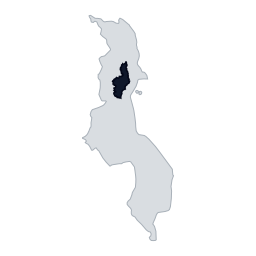 Nkhata Bay, Nkhata Bay, Malawi (highlighted)
{"feature_id": "42251766B11922581525025", "entity_name": "Nkhata Bay", "entity_type": "district", "adm_level": 2, "iso_a3": "MWI", "parent_name": "Malawi", "parent_adm1": "Nkhata Bay", "projection": "orthographic", "projection_center": [34.057, -11.614], "detail": "fine", "context": "in_parent", "style": "filled", "palette": "ink", "viewbox_px": 256, "rotation_deg": 0, "n_neighbors": 0, "source": "geoboundaries", "source_scale": "gbopen_adm2", "svg_char_len": 7012}
<svg xmlns="http://www.w3.org/2000/svg" viewBox="0 0 256 256"><path d="M97.6,149.9L96.1,147.8L94.8,148.4L93.1,149.9L92.2,150.3L91.7,150.2L91.4,149.9L91.0,148.9L89.6,146.2L88.1,144.3L86.5,143.5L85.2,142.6L85.8,141.8L86.4,141.2L86.1,140.5L85.4,139.6L82.5,138.3L82.5,137.7L85.0,136.5L86.6,135.1L87.6,133.8L89.0,130.9L90.1,127.9L90.9,127.0L91.1,125.1L91.0,122.9L91.5,120.1L91.8,117.5L90.9,116.5L90.2,114.7L91.0,111.7L92.3,109.7L98.6,107.5L103.0,105.5L104.0,104.7L105.4,103.0L106.3,101.4L105.7,100.9L102.2,100.9L101.4,100.2L98.9,94.5L100.2,88.0L100.3,85.4L100.3,82.2L99.8,79.9L98.7,79.0L98.1,77.7L98.2,74.3L99.2,73.9L101.4,69.4L102.4,66.7L101.2,64.6L99.9,61.6L99.3,59.6L99.0,59.0L99.9,57.8L101.4,56.6L103.1,56.3L104.8,55.8L110.4,50.1L110.5,49.1L109.4,47.2L107.4,44.3L106.9,43.2L106.6,39.8L105.8,38.8L102.7,36.5L100.4,34.1L101.1,31.6L101.5,28.9L100.3,27.5L98.6,26.0L97.5,23.7L97.0,22.1L95.7,21.4L94.4,21.4L93.5,22.4L92.5,22.3L91.3,22.0L90.9,20.6L90.8,19.0L90.0,18.0L89.2,16.5L89.1,15.7L89.6,15.5L90.6,15.4L95.1,18.3L97.9,18.4L100.9,18.9L103.5,21.5L104.9,21.9L106.6,21.5L111.5,21.2L113.4,21.6L116.0,23.1L117.0,23.3L118.5,23.4L118.8,23.0L119.0,22.1L118.7,20.3L119.1,19.3L120.0,18.2L122.7,19.5L129.4,25.1L129.6,25.8L133.8,31.4L135.2,33.8L135.2,35.1L136.5,40.0L136.8,42.3L136.5,44.0L136.5,45.4L137.1,47.4L136.9,48.2L138.4,51.2L139.1,53.6L139.3,56.0L138.8,58.4L137.5,61.8L137.3,63.2L137.5,64.4L138.4,65.8L139.8,67.3L140.9,69.0L141.7,71.1L142.3,72.1L143.1,72.0L144.5,72.4L145.6,73.6L146.9,75.6L147.4,78.0L147.6,79.0L143.8,78.9L139.0,79.3L137.8,80.2L137.5,82.2L136.0,86.4L135.1,87.9L133.4,90.8L130.9,94.7L130.4,96.0L130.4,97.4L131.9,102.8L133.4,108.5L133.9,110.7L135.0,118.2L135.6,123.6L135.7,126.7L136.2,130.9L137.5,133.2L138.9,134.6L144.3,135.5L145.9,136.5L148.9,139.2L155.5,146.6L159.1,151.3L162.2,155.5L167.9,163.2L172.3,169.2L172.8,174.8L173.5,175.7L172.0,179.8L171.0,186.5L171.6,191.0L171.3,198.6L170.4,206.7L169.4,209.6L168.1,210.6L165.0,211.5L158.2,212.5L157.2,213.4L156.3,215.0L155.0,218.7L153.3,222.5L152.8,224.1L153.1,224.4L154.5,226.4L155.9,231.3L156.2,239.7L155.7,240.3L153.7,240.6L151.5,240.5L150.7,240.0L149.9,239.1L149.3,237.3L150.7,236.1L151.2,233.9L150.3,232.0L148.5,231.6L146.3,229.9L141.4,224.2L137.3,220.3L135.0,217.0L132.5,215.7L131.8,214.9L131.3,213.5L131.3,211.5L131.5,210.1L130.7,208.4L128.3,205.9L127.2,204.5L127.1,202.8L128.1,201.1L130.2,199.2L131.8,195.1L132.4,192.5L135.4,187.3L135.8,182.8L135.9,179.1L135.7,176.4L135.0,170.8L134.4,166.9L130.8,161.9L129.6,161.4L126.1,161.9L123.1,162.6L121.6,163.7L119.3,163.7L113.4,164.6L111.6,165.0L110.5,165.9L109.9,166.1L106.2,162.2L102.9,158.0L98.8,150.8L97.6,149.9ZM140.7,94.5L139.7,94.7L139.0,94.2L139.2,92.6L139.5,91.5L140.5,91.3L141.2,91.6L141.7,92.2L141.7,93.0L141.4,93.8L140.7,94.5ZM138.5,91.6L137.9,93.2L136.7,93.2L135.6,91.8L136.0,90.7L137.0,90.4L138.0,90.8L138.5,91.6Z" fill="#d9dde1" stroke="#a8b0b8" stroke-width="1"/><path d="M115.2,96.1L115.3,96.0L115.5,96.1L115.8,96.1L116.0,96.0L116.3,96.0L116.3,96.4L116.5,96.8L116.8,96.7L117.0,96.9L117.4,96.9L117.4,97.1L117.6,97.2L117.6,97.4L117.8,97.3L118.1,97.3L118.3,97.4L118.5,97.5L118.6,97.4L118.9,97.5L119.0,97.5L119.3,97.7L119.3,97.9L119.5,97.9L119.7,97.7L119.8,97.8L120.0,97.7L120.3,97.9L120.5,97.9L120.6,98.0L120.8,98.1L120.8,97.6L120.7,97.5L120.7,97.2L120.7,96.9L120.9,96.5L120.8,96.3L120.9,96.0L121.1,95.5L121.2,95.0L121.3,94.8L121.4,94.6L121.6,94.2L121.8,93.9L121.9,93.6L121.8,93.3L121.8,92.9L121.6,92.6L121.7,92.3L121.6,91.9L121.8,91.5L122.1,91.2L122.3,91.0L122.4,90.7L122.9,90.2L124.2,89.4L125.3,88.9L125.2,88.7L125.0,88.4L125.0,88.5L124.9,88.4L124.9,87.9L125.0,87.7L125.1,87.3L125.1,87.1L125.3,86.9L125.2,86.8L125.2,86.7L125.1,86.3L125.2,86.2L125.7,85.6L126.0,85.4L126.8,85.0L126.9,84.9L126.8,84.7L127.0,84.5L127.1,84.4L127.2,84.1L127.3,84.0L127.3,83.9L127.6,83.8L127.8,83.7L128.7,83.3L128.7,83.2L128.8,83.0L128.8,82.9L129.0,82.8L129.1,82.7L129.2,82.3L129.5,81.4L129.4,81.4L129.4,81.1L129.0,80.8L129.0,80.6L128.8,80.0L128.9,79.8L128.7,79.8L128.7,79.7L128.8,79.7L128.7,79.7L128.8,79.4L128.7,79.2L128.8,78.9L128.8,78.7L128.4,78.1L128.4,77.9L128.1,77.6L128.0,77.4L128.0,77.2L127.9,77.1L128.1,76.8L128.0,76.7L128.0,76.4L128.2,76.0L128.1,75.9L128.2,75.7L128.0,75.4L128.0,75.2L128.0,74.8L128.0,74.6L127.9,74.6L128.0,74.3L127.9,74.1L128.0,73.6L127.8,73.6L128.0,73.5L128.0,73.4L127.9,73.3L127.9,73.2L127.7,72.7L127.6,72.3L127.6,71.9L127.6,71.7L127.3,71.3L127.3,71.1L126.7,70.9L126.6,70.5L126.6,70.4L126.4,70.2L126.4,69.9L126.5,69.7L126.4,69.5L126.5,69.3L126.8,69.0L126.8,68.9L126.6,68.8L126.3,68.4L126.2,68.0L126.1,67.9L126.1,67.7L126.1,67.3L126.0,67.1L126.1,66.8L126.2,66.7L126.3,66.4L126.6,66.2L126.8,65.9L126.7,65.8L126.8,65.7L126.9,65.3L126.9,65.2L126.6,65.0L126.6,64.9L126.8,64.9L126.8,64.7L126.7,64.7L126.5,64.4L126.5,64.2L126.5,63.9L126.4,63.6L126.4,63.4L126.4,63.2L126.4,62.8L126.2,62.5L126.3,62.2L126.2,62.0L126.0,61.9L125.8,62.0L125.7,62.2L125.7,62.4L125.4,63.2L125.3,63.3L125.1,63.6L124.8,63.6L124.7,63.7L124.6,63.8L124.3,63.8L124.1,63.9L124.0,64.1L123.7,64.2L123.4,64.3L123.4,64.2L123.2,64.2L123.0,64.3L122.8,64.1L122.8,64.3L122.4,64.4L122.2,64.6L121.9,64.7L121.6,65.1L121.7,65.4L121.7,65.7L121.7,65.9L121.6,66.1L121.4,66.3L121.4,66.5L121.3,67.0L121.3,67.3L121.0,67.3L120.9,67.5L120.7,67.5L120.6,67.8L120.7,68.0L120.4,68.1L120.4,68.3L120.5,68.3L120.5,68.5L120.5,68.8L120.6,69.0L120.4,69.4L120.3,69.5L120.4,69.9L120.5,70.0L120.9,69.9L121.0,70.1L121.4,70.2L121.4,70.5L121.4,70.8L121.2,70.9L121.2,71.2L121.2,71.4L121.1,71.6L121.2,71.9L121.3,72.1L121.3,72.3L121.4,72.5L121.5,72.8L121.4,73.0L121.4,73.3L121.6,73.5L122.1,73.4L122.3,73.4L122.5,73.5L122.7,73.9L122.8,74.0L122.6,74.4L122.7,74.6L122.9,74.9L123.0,75.2L123.0,75.3L122.9,75.4L122.8,75.6L122.7,75.7L122.4,75.7L122.2,75.6L122.2,75.8L122.2,76.0L122.1,76.3L121.8,76.4L121.7,76.6L121.4,76.5L121.2,76.4L120.9,76.3L120.6,76.5L120.4,76.6L119.9,76.6L119.4,76.4L119.3,76.8L119.2,76.9L119.2,77.1L119.2,77.5L119.0,77.8L118.6,78.0L118.4,78.3L118.1,78.2L117.9,78.0L117.7,78.0L117.5,77.9L117.4,77.8L117.2,77.9L117.0,78.0L116.9,77.9L116.7,77.8L116.5,77.7L116.4,77.6L116.3,77.8L116.2,77.9L116.2,78.0L116.0,78.3L115.6,78.5L115.6,78.8L115.3,78.8L115.2,79.0L114.9,78.9L114.4,79.3L114.2,79.3L114.0,79.5L113.9,79.8L113.6,80.2L113.7,80.5L113.8,80.6L113.4,80.6L113.0,80.7L112.9,80.9L112.8,81.1L112.7,81.2L112.7,81.3L112.6,81.5L112.8,81.6L113.0,81.8L113.2,82.1L113.3,82.4L113.2,82.9L113.3,83.0L113.5,83.0L113.3,83.1L113.1,83.6L113.1,83.8L113.3,83.9L113.3,84.1L113.6,84.0L113.8,84.2L114.1,84.3L114.4,84.5L114.2,84.8L114.1,85.1L114.3,85.4L115.0,85.4L115.8,85.8L115.8,86.8L115.2,87.8L114.6,87.9L114.3,87.9L114.0,88.0L113.9,88.1L114.0,88.3L114.2,88.6L114.3,88.7L114.3,88.9L114.3,89.0L114.3,89.3L114.4,89.6L114.6,89.7L114.7,89.8L114.6,90.2L114.4,90.4L114.1,90.5L114.3,90.7L114.5,91.0L114.8,91.1L114.9,91.3L115.0,91.5L115.5,91.4L115.7,91.5L115.8,91.7L115.8,91.8L115.5,91.9L115.1,91.9L114.9,92.0L114.7,92.0L114.3,92.7L114.0,92.8L113.8,93.0L113.9,93.5L114.0,94.1L114.1,94.3L114.6,95.1L114.7,95.6L115.2,96.1Z" fill="#0f172a" stroke="#020617" stroke-width="1.5"/></svg>